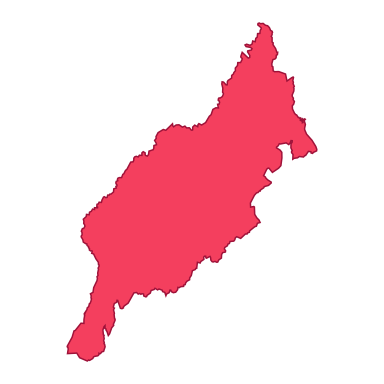 the district of San Bartolo Tutotepec, Hidalgo, Mexico
{"feature_id": "50627088B89950958410687", "entity_name": "San Bartolo Tutotepec", "entity_type": "district", "adm_level": 2, "iso_a3": "MEX", "parent_name": "Mexico", "parent_adm1": "Hidalgo", "projection": "equal_earth", "projection_center": [-98.204, 20.469], "detail": "fine", "context": "isolated", "style": "filled", "palette": "rose", "viewbox_px": 384, "rotation_deg": 0, "n_neighbors": 0, "source": "geoboundaries", "source_scale": "gbopen_adm2", "svg_char_len": 5940}
<svg xmlns="http://www.w3.org/2000/svg" viewBox="0 0 384 384"><path d="M87.3,361.0L88.6,360.0L89.6,360.4L92.8,358.5L93.5,357.0L94.6,356.4L97.8,355.8L98.7,355.0L99.0,353.3L99.7,353.9L100.5,353.5L102.1,351.7L103.6,351.4L105.1,346.8L104.6,344.2L104.0,343.7L104.3,342.4L103.6,340.8L104.2,338.6L103.8,336.7L104.1,335.3L103.4,334.8L102.9,330.0L104.0,326.7L105.0,325.6L105.0,328.6L106.0,329.0L106.1,330.3L107.0,331.5L108.3,335.5L109.6,333.8L111.7,327.8L113.7,325.4L113.4,324.2L115.0,320.5L115.1,319.1L114.6,318.8L114.1,314.5L114.4,313.4L113.5,309.8L114.4,308.1L113.5,307.6L113.4,306.9L114.3,303.5L116.6,302.3L117.0,300.3L117.7,300.4L120.4,308.3L122.0,308.7L123.4,307.9L123.3,307.2L124.4,305.8L128.1,303.2L133.9,292.9L136.6,292.5L138.2,294.1L139.8,293.5L140.9,294.3L141.9,293.7L143.5,294.0L143.8,296.0L145.9,296.9L146.7,296.5L147.0,295.4L150.3,293.1L151.1,290.5L154.2,289.5L155.0,288.3L157.6,289.9L159.0,289.0L162.2,290.2L162.6,291.6L164.8,292.4L165.9,295.7L166.6,294.0L169.1,292.7L170.0,290.1L170.8,290.2L171.4,291.7L173.3,292.7L175.7,292.2L177.6,289.7L177.9,287.4L179.1,287.7L180.7,286.7L183.6,286.4L183.7,285.1L185.2,284.6L185.7,282.8L187.0,281.2L189.6,279.8L189.7,277.8L191.3,275.5L192.4,270.7L195.3,269.5L195.8,268.4L196.7,268.3L197.4,262.3L200.2,263.0L200.8,261.5L203.9,259.4L203.7,257.2L204.4,256.2L205.7,256.2L205.9,257.8L206.5,258.2L210.0,256.4L210.5,257.2L210.9,260.2L212.0,261.6L213.1,262.0L215.0,261.4L216.5,262.2L217.7,262.1L218.8,259.9L221.4,258.1L221.6,254.6L222.6,252.7L225.4,252.0L225.6,250.7L224.4,249.0L224.7,247.5L227.4,245.8L227.9,244.1L229.4,243.5L230.0,241.5L233.8,241.1L234.8,239.8L235.3,237.9L236.7,236.7L240.7,238.4L245.4,234.0L247.1,234.0L247.6,232.9L249.4,232.3L249.7,230.8L254.8,226.7L256.4,226.2L257.4,223.3L260.1,222.5L259.0,220.0L256.8,217.8L254.7,214.3L254.4,207.0L253.8,206.5L250.6,207.1L250.4,203.0L254.4,195.3L256.6,192.8L257.9,192.6L259.6,190.8L260.2,191.0L260.5,190.0L263.7,187.8L264.3,186.6L268.5,185.4L271.2,183.0L271.2,182.1L267.9,180.0L266.0,178.3L265.4,177.0L263.6,175.7L266.8,169.1L268.1,168.1L269.0,168.2L272.4,172.4L278.6,168.2L280.9,165.6L281.9,158.0L281.8,152.3L280.1,150.1L276.5,147.9L276.6,147.0L278.2,145.8L279.3,143.7L280.4,144.0L286.2,142.9L288.8,144.6L290.2,142.8L291.0,140.6L292.2,140.7L292.2,142.1L291.0,143.9L290.9,147.9L292.2,150.7L291.6,151.3L291.6,152.7L293.0,154.4L292.8,159.2L294.2,158.3L297.6,157.8L299.3,156.5L303.5,157.0L304.8,155.6L305.6,155.5L308.4,151.4L310.9,151.7L311.1,153.0L312.6,153.4L313.4,152.4L316.6,150.9L316.8,149.4L315.8,146.5L312.0,140.3L306.6,134.2L304.7,129.8L304.6,128.3L305.4,124.5L304.2,120.6L305.3,119.3L304.7,118.9L303.8,119.9L302.7,118.8L302.3,119.6L303.0,122.5L302.4,122.7L302.5,121.6L301.6,121.0L301.3,119.6L300.9,120.5L300.4,120.4L300.8,118.7L300.5,118.0L299.8,118.5L298.9,117.4L298.3,117.5L296.6,114.9L295.7,114.6L294.5,113.2L292.5,109.0L292.3,105.8L293.6,104.3L294.4,101.5L293.1,99.5L293.4,98.2L292.3,96.5L292.2,95.0L293.8,91.1L294.0,88.6L293.6,87.4L294.3,86.4L293.1,83.7L293.4,82.2L292.8,80.8L293.5,77.4L293.1,77.0L291.7,77.7L287.0,81.0L285.5,74.0L278.8,71.6L274.6,71.7L273.2,70.9L272.9,66.8L272.0,66.2L271.8,63.8L272.9,59.6L275.0,59.0L276.1,57.8L276.3,55.2L277.4,54.7L277.7,52.3L276.9,52.4L275.6,48.6L273.0,44.6L273.2,42.9L272.1,42.0L272.1,37.5L271.2,36.4L272.1,34.7L272.1,33.0L272.5,32.5L272.2,31.3L270.6,30.4L269.4,27.6L267.6,25.7L265.5,25.3L263.1,23.4L260.6,23.7L259.2,23.0L258.0,23.5L257.8,24.9L261.1,27.7L261.2,28.8L260.2,30.4L259.9,33.4L257.6,33.6L257.2,37.2L255.8,38.3L255.2,41.7L252.7,41.0L252.1,44.0L250.1,45.3L246.6,44.2L245.0,45.0L246.1,46.6L250.4,47.4L252.0,48.6L251.4,50.0L247.7,50.9L247.6,51.9L249.8,55.5L249.7,57.5L248.3,58.1L242.2,52.3L240.8,56.4L241.0,57.5L242.2,58.5L242.0,59.7L240.6,62.5L237.8,62.6L237.5,65.5L235.3,68.1L235.4,70.8L233.9,72.5L233.4,74.0L231.7,75.4L231.6,78.1L228.1,80.4L227.4,81.5L227.2,84.8L226.1,84.9L223.6,82.1L222.1,81.8L221.8,84.0L222.8,88.2L222.6,92.3L223.4,93.4L223.4,94.1L222.3,96.6L220.4,97.9L218.9,98.0L218.3,99.0L218.3,100.5L219.2,101.0L219.6,102.4L219.1,104.1L217.6,104.3L218.4,107.9L215.8,107.8L212.9,109.4L211.1,114.7L209.3,116.3L205.6,122.6L201.6,125.0L198.9,123.6L198.0,124.6L197.7,126.7L194.7,125.1L192.7,127.1L192.7,129.8L192.1,130.2L191.3,130.1L189.4,127.8L186.6,127.9L184.9,126.1L182.4,127.1L179.0,124.8L176.1,125.0L173.6,126.8L172.8,125.8L172.5,123.8L165.8,130.3L163.3,129.5L158.1,132.6L156.0,136.6L156.2,138.4L154.6,140.4L156.2,143.2L156.5,144.7L153.9,145.5L153.8,148.2L153.2,149.7L149.0,151.1L148.5,154.6L147.3,156.1L145.7,155.5L145.2,154.8L145.1,152.8L143.2,151.7L141.9,152.9L141.9,155.4L139.4,155.2L138.2,156.9L136.2,156.3L134.7,156.9L133.8,158.2L133.8,160.1L133.1,161.8L130.7,162.1L126.9,169.3L125.5,170.4L123.8,173.8L122.8,174.4L121.6,177.6L119.2,177.6L117.8,178.3L117.4,179.4L117.8,180.7L116.3,181.3L115.9,182.3L116.0,183.7L117.0,185.0L116.9,186.0L115.9,186.4L116.3,188.0L113.8,188.8L113.5,192.0L111.1,194.0L109.7,194.2L109.2,195.1L107.7,195.1L107.1,197.4L105.8,197.6L104.3,196.7L103.5,197.1L102.0,200.0L101.4,202.4L99.1,202.2L98.4,203.8L97.0,204.3L96.8,206.5L97.6,207.1L97.5,207.8L94.5,207.7L94.5,209.5L92.6,209.1L91.3,211.3L89.5,212.2L89.2,214.7L86.5,214.4L86.2,216.6L83.3,219.2L83.9,221.3L83.7,223.4L84.7,225.0L84.9,226.4L83.7,228.4L82.4,228.6L81.3,231.2L82.0,232.4L82.1,234.8L81.2,236.1L81.2,236.9L82.8,239.6L83.3,242.1L85.9,243.8L86.8,243.8L87.1,245.5L88.4,246.5L88.7,247.1L88.5,247.7L89.5,248.7L89.3,249.9L90.5,250.9L91.9,250.8L92.2,251.6L91.7,253.3L93.6,254.0L95.9,258.8L98.3,262.2L98.5,264.7L99.1,265.0L99.1,266.2L98.1,268.1L98.5,269.2L97.7,273.1L98.0,275.5L97.0,276.7L97.4,278.5L97.0,280.6L93.7,287.6L93.0,292.3L90.4,293.8L91.2,295.7L91.0,298.0L91.5,298.7L90.9,301.4L89.9,303.6L89.4,303.7L88.7,306.6L87.2,307.9L87.0,309.5L84.0,314.1L84.9,313.5L84.3,314.8L84.7,315.2L84.0,319.2L83.9,323.4L81.0,323.2L75.3,330.4L74.0,330.9L72.1,337.3L67.2,346.3L67.4,347.1L67.9,347.2L68.2,349.2L67.5,353.6L76.8,353.1L79.6,357.7L87.3,361.0Z" fill="#f43f5e" stroke="#9f1239" stroke-width="1.5"/></svg>